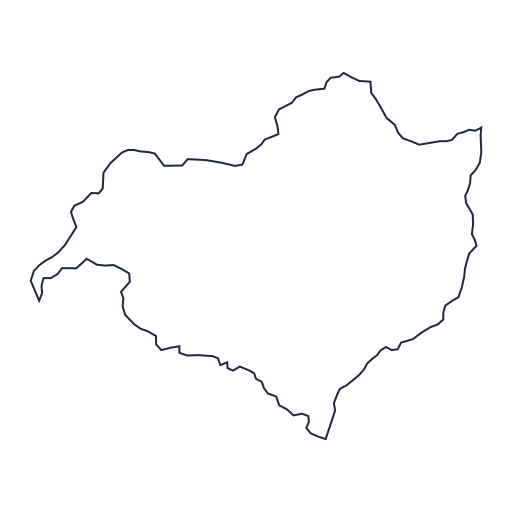 outline of Nova Independência, São Paulo, Brazil
{"feature_id": "56859067B6334464866649", "entity_name": "Nova Independência", "entity_type": "district", "adm_level": 2, "iso_a3": "BRA", "parent_name": "Brazil", "parent_adm1": "São Paulo", "projection": "orthographic", "projection_center": [-51.514, -21.141], "detail": "fine", "context": "isolated", "style": "outline", "palette": "slate", "viewbox_px": 512, "rotation_deg": 0, "n_neighbors": 0, "source": "geoboundaries", "source_scale": "gbopen_adm2", "svg_char_len": 2209}
<svg xmlns="http://www.w3.org/2000/svg" viewBox="0 0 512 512"><path d="M343.7,72.9L339.3,76.6L330.6,77.8L326.5,82.3L324.4,88.7L314.8,89.7L308.7,91.0L302.0,94.7L296.2,97.2L291.8,102.8L279.0,109.4L274.9,117.2L277.5,126.5L278.4,134.1L264.7,139.6L261.3,144.3L256.1,148.6L246.7,154.0L242.4,164.6L234.8,165.9L228.4,164.3L220.9,162.6L206.6,160.2L197.3,159.6L187.6,159.2L182.2,165.5L164.1,165.8L154.8,153.6L148.7,152.1L141.0,151.5L133.8,150.0L128.0,150.0L122.2,152.4L110.5,163.0L103.5,172.7L102.7,188.5L98.7,193.3L91.4,193.0L82.9,201.8L74.2,205.8L71.0,212.0L73.1,218.6L76.4,227.1L64.9,245.1L58.0,252.6L51.9,257.2L45.2,260.8L39.1,265.4L33.9,271.0L30.7,280.7L39.1,300.6L42.1,293.2L41.5,286.0L43.5,278.1L50.8,278.1L57.7,273.9L62.0,268.2L69.6,268.2L76.0,268.4L81.8,263.4L86.5,258.8L91.7,261.6L96.9,264.7L105.2,265.6L113.5,265.0L122.3,269.3L129.2,273.5L129.8,281.8L125.1,287.2L121.0,291.8L123.4,298.4L122.6,306.2L125.2,314.9L129.6,319.5L134.5,324.5L140.9,328.9L147.6,331.2L156.0,336.0L156.1,344.3L161.2,350.1L170.6,347.7L179.3,346.3L179.5,352.9L187.4,355.5L198.8,355.1L205.7,355.7L212.2,356.1L217.9,358.2L220.3,365.1L227.2,362.3L227.6,368.2L233.1,370.6L239.8,366.6L248.5,370.2L254.1,373.2L256.0,378.8L261.9,381.9L263.9,388.1L267.9,393.5L276.2,396.5L279.2,405.3L286.9,409.4L293.6,415.4L302.0,413.7L308.3,416.0L308.9,421.9L306.3,428.0L310.7,433.3L317.4,436.3L325.6,439.1L332.2,419.4L335.1,410.3L333.9,403.2L336.9,395.3L339.8,388.9L346.5,385.3L353.4,379.8L359.3,374.8L364.0,369.4L367.1,363.6L372.6,358.5L377.0,355.3L380.5,350.4L386.0,347.0L391.8,350.1L397.6,349.3L401.1,342.6L412.8,339.2L421.5,332.6L430.5,327.1L437.5,324.6L443.3,319.5L443.3,312.7L445.3,305.6L452.9,300.3L458.4,297.2L461.7,287.8L464.1,277.1L465.1,267.8L467.5,259.2L469.3,253.4L476.5,245.8L474.9,240.3L471.9,234.1L473.1,223.9L472.7,214.4L466.2,203.3L465.2,195.7L467.9,190.3L470.1,183.3L470.7,175.3L475.7,169.9L479.8,162.7L481.3,152.1L480.9,142.8L480.6,135.0L481.3,127.6L475.4,130.7L469.0,129.8L463.5,132.2L457.4,133.8L451.9,139.9L446.6,141.2L440.0,141.2L419.3,144.7L411.7,141.5L402.9,138.3L398.1,132.8L394.9,125.0L386.4,117.8L381.7,109.0L376.0,99.4L371.3,92.9L370.4,81.7L359.4,81.0L351.2,77.2L343.7,72.9Z" fill="none" stroke="#1e293b" stroke-width="2"/></svg>